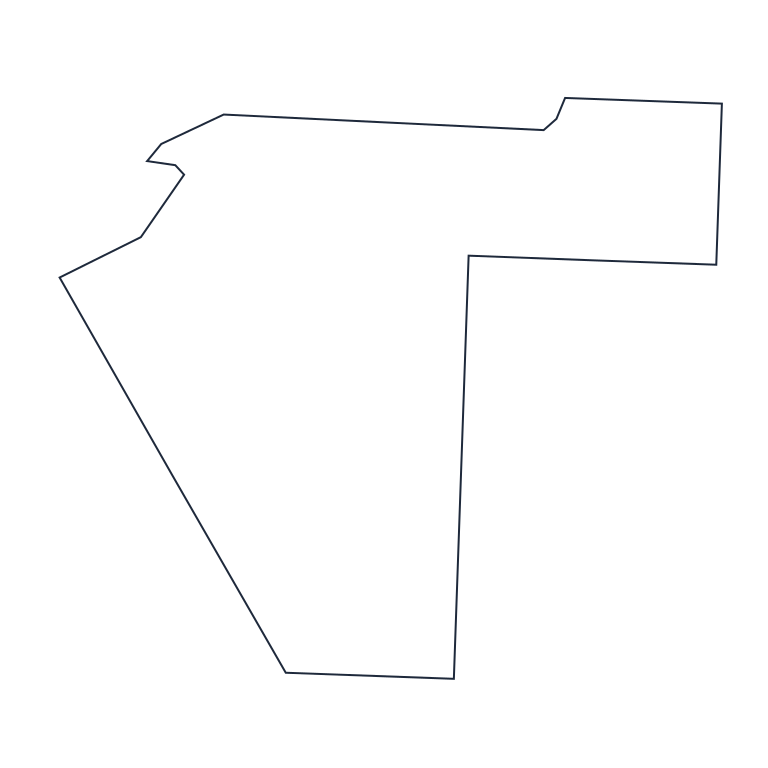 Pituffik, Mercator projection, rotated 2°
{"feature_id": "GRL-2738", "entity_name": "Pituffik", "entity_type": "state/province", "adm_level": 1, "iso_a3": "GRL", "parent_name": "Greenland", "parent_adm1": "", "projection": "mercator", "projection_center": [-68.373, 76.451], "detail": "fine", "context": "isolated", "style": "outline", "palette": "slate", "viewbox_px": 768, "rotation_deg": 2, "n_neighbors": 0, "source": "natural_earth", "source_scale": "10m", "svg_char_len": 435}
<svg xmlns="http://www.w3.org/2000/svg" viewBox="0 0 768 768"><g transform="rotate(2 384 384)"><path d="M56.1,288.9L135.9,245.7L176.9,181.8L167.8,172.6L139.5,169.5L153.0,151.9L214.4,120.3L374.5,122.5L534.7,124.7L547.1,113.0L555.0,91.8L632.7,91.9L711.9,92.0L711.9,172.7L711.9,253.2L588.0,253.1L464.1,252.8L464.1,465.4L464.1,676.2L380.0,676.1L295.9,676.0L175.5,482.4L56.1,288.9Z" fill="none" stroke="#1e293b" stroke-width="2"/></g></svg>